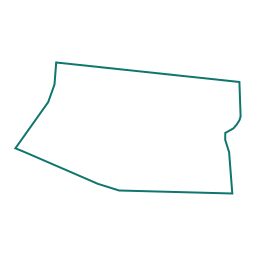 Mwanza, Albers equal-area conic projection
{"feature_id": "MWI-1922", "entity_name": "Mwanza", "entity_type": "District", "adm_level": 1, "iso_a3": "MWI", "parent_name": "Malawi", "parent_adm1": "", "projection": "albers", "projection_center": [34.593, -15.694], "detail": "fine", "context": "isolated", "style": "outline", "palette": "teal", "viewbox_px": 256, "rotation_deg": 0, "n_neighbors": 0, "source": "natural_earth", "source_scale": "10m", "svg_char_len": 343}
<svg xmlns="http://www.w3.org/2000/svg" viewBox="0 0 256 256"><path d="M15.4,148.3L48.2,102.1L54.5,84.5L56.2,62.5L119.3,69.2L182.2,75.9L239.4,82.0L240.6,116.4L239.5,120.1L236.7,124.6L233.4,128.4L225.3,132.9L225.2,139.8L229.1,152.2L232.3,193.5L119.1,190.5L98.0,183.9L23.0,151.4L15.4,148.3Z" fill="none" stroke="#0f766e" stroke-width="2"/></svg>